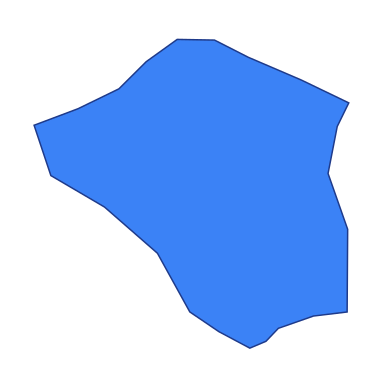 SVG path tracing the border of La Romana, rotated 273°
{"feature_id": "DOM-1988", "entity_name": "La Romana", "entity_type": "Province", "adm_level": 1, "iso_a3": "DOM", "parent_name": "Dominican Republic", "parent_adm1": "", "projection": "albers", "projection_center": [-68.979, 18.531], "detail": "fine", "context": "isolated", "style": "filled", "palette": "blue", "viewbox_px": 384, "rotation_deg": 273, "n_neighbors": 0, "source": "natural_earth", "source_scale": "10m", "svg_char_len": 437}
<svg xmlns="http://www.w3.org/2000/svg" viewBox="0 0 384 384"><g transform="rotate(273 192 192)"><path d="M289.2,343.9L265.0,333.6L217.6,326.9L162.9,349.4L80.3,353.2L74.5,319.8L60.4,285.4L46.8,273.7L39.1,257.9L53.9,226.2L72.1,196.1L129.0,160.7L172.4,105.4L201.0,50.2L250.4,30.8L269.2,73.8L291.2,113.6L319.8,139.5L343.6,169.2L344.9,206.5L329.5,241.1L309.5,295.4L289.2,343.9Z" fill="#3b82f6" stroke="#1e3a8a" stroke-width="1.5"/></g></svg>